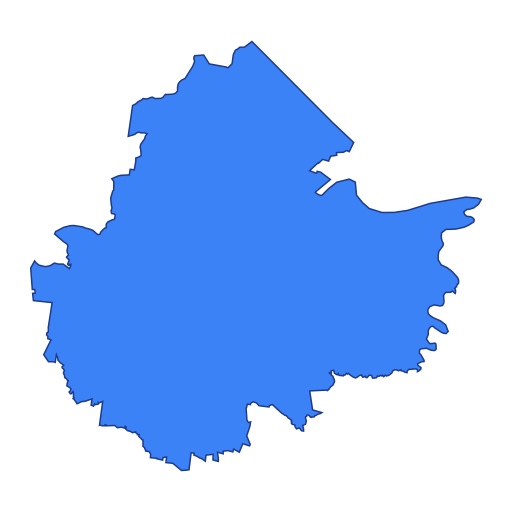 the district of Gutiérrez Zamora, Veracruz, Mexico
{"feature_id": "50627088B23583227090437", "entity_name": "Gutiérrez Zamora", "entity_type": "district", "adm_level": 2, "iso_a3": "MEX", "parent_name": "Mexico", "parent_adm1": "Veracruz", "projection": "mercator", "projection_center": [-97.115, 20.451], "detail": "fine", "context": "isolated", "style": "filled", "palette": "blue", "viewbox_px": 512, "rotation_deg": 0, "n_neighbors": 0, "source": "geoboundaries", "source_scale": "gbopen_adm2", "svg_char_len": 5995}
<svg xmlns="http://www.w3.org/2000/svg" viewBox="0 0 512 512"><path d="M156.9,458.8L162.7,460.1L163.0,457.5L166.6,457.1L165.9,462.6L172.8,463.3L181.5,470.5L185.9,470.2L189.0,469.8L191.1,452.8L194.1,453.1L193.9,455.1L197.0,456.3L200.1,458.2L200.9,458.2L205.3,461.2L206.0,455.2L213.1,454.3L213.0,460.0L218.3,461.4L218.4,459.4L217.5,452.2L223.2,453.8L223.2,451.2L228.1,450.6L232.8,451.9L233.6,449.1L239.3,452.2L242.8,443.7L249.5,445.9L250.2,444.4L246.7,435.9L249.9,426.3L250.6,421.9L248.4,422.5L246.9,420.0L246.1,408.1L246.5,407.7L247.3,404.2L250.4,404.6L250.3,404.0L251.1,403.0L253.2,401.7L256.5,403.0L259.0,405.7L269.0,407.0L269.3,405.6L272.3,404.5L281.4,412.9L284.9,415.3L286.4,415.7L288.2,417.9L291.2,419.9L291.5,420.6L291.2,421.0L291.7,421.5L291.3,423.0L292.1,424.2L294.8,425.0L295.1,426.8L296.5,428.9L299.3,427.9L301.6,430.8L303.6,431.1L303.5,428.3L302.6,425.5L305.5,424.2L306.4,421.1L305.4,417.7L305.8,416.6L306.5,416.4L307.0,415.1L307.9,414.9L309.9,416.2L310.1,416.9L311.5,417.4L311.9,416.9L313.9,417.1L315.1,415.5L315.6,415.6L318.0,414.1L320.1,413.7L321.9,412.6L312.6,409.9L309.7,390.9L326.6,390.1L327.3,390.6L328.9,389.4L330.3,387.1L332.9,385.1L334.6,381.6L334.2,379.5L332.8,376.2L328.7,372.3L330.5,373.8L331.2,373.6L331.4,372.2L331.0,371.1L332.1,370.6L333.6,370.2L334.5,373.3L337.1,374.8L338.1,373.6L338.4,374.8L339.4,375.4L343.4,375.8L343.7,374.8L344.9,375.1L346.4,373.3L347.3,374.1L348.6,373.4L349.2,374.3L353.4,377.2L355.4,377.9L357.1,377.3L359.7,375.3L361.7,375.1L361.8,376.0L363.1,377.3L365.6,376.2L365.9,377.4L366.9,377.7L368.7,376.0L369.0,375.2L371.4,375.4L372.6,378.2L376.2,377.8L377.1,377.0L377.4,376.0L379.2,376.3L380.2,375.3L382.0,376.0L382.6,375.3L383.8,376.7L385.2,375.2L386.4,376.0L387.8,375.6L389.3,375.0L391.8,373.0L393.0,370.5L394.7,369.9L396.7,369.9L398.5,370.8L400.8,369.7L401.1,370.8L403.1,371.1L404.9,372.2L407.0,372.7L407.3,370.9L408.8,369.4L415.7,368.9L417.1,369.4L417.6,370.9L417.5,371.6L418.9,370.9L420.8,369.3L421.0,367.6L417.9,365.3L417.6,363.7L421.9,361.7L424.0,361.6L424.1,360.4L420.8,354.6L419.4,353.1L419.6,350.1L420.5,348.9L426.5,348.3L431.0,350.2L434.2,350.6L435.8,349.8L436.2,348.7L435.9,343.9L435.0,343.1L430.1,343.7L429.0,342.8L426.4,339.0L428.3,334.5L428.2,330.9L429.4,328.2L430.8,326.7L432.3,326.2L434.1,327.0L434.4,327.7L441.9,332.6L443.6,333.2L446.0,333.6L448.2,331.5L445.7,324.9L440.5,320.9L433.6,317.9L429.8,315.4L428.5,313.9L427.9,312.2L427.9,309.5L429.9,306.6L433.2,305.2L435.1,305.0L440.1,306.0L442.6,305.4L443.8,303.0L444.0,300.4L443.5,295.4L445.6,292.4L450.6,292.3L452.4,291.0L455.1,293.5L455.6,292.2L455.4,289.2L454.6,288.5L455.9,286.9L456.5,286.8L456.3,286.3L457.9,283.7L458.4,283.6L458.7,281.0L458.1,278.6L457.2,277.1L452.7,272.1L450.5,270.2L447.1,267.7L441.1,264.8L438.2,259.8L438.2,255.2L438.9,251.3L442.9,245.9L443.4,243.6L442.0,240.9L441.2,237.1L441.6,232.8L446.0,229.4L455.7,229.1L464.1,227.2L468.4,225.3L473.7,222.0L474.3,219.8L473.0,218.0L470.7,216.7L466.7,216.3L464.6,214.4L463.8,211.8L466.9,209.5L469.5,209.2L473.6,208.0L478.6,204.1L481.3,199.4L477.4,198.1L465.8,197.1L430.1,203.4L407.6,210.4L394.3,212.4L382.0,212.5L369.2,208.5L362.3,202.4L356.5,195.2L355.3,182.1L349.3,179.1L336.8,182.2L328.9,188.4L321.8,195.4L319.8,195.2L317.7,194.2L315.3,192.5L315.9,191.6L330.4,179.5L320.7,172.2L317.2,171.3L316.8,172.9L316.2,173.2L309.6,170.7L318.0,162.9L318.5,163.3L322.7,159.4L328.6,161.1L330.7,156.2L336.7,155.3L336.5,152.6L343.5,152.2L346.7,150.5L349.2,151.7L353.7,142.5L332.7,122.7L251.9,41.5L244.4,47.2L239.8,47.2L238.0,48.8L235.4,50.2L233.7,53.6L233.2,55.3L232.1,63.6L228.1,67.7L225.6,66.9L209.3,63.9L203.7,55.0L194.7,55.7L194.0,56.9L193.8,58.8L194.7,61.2L192.8,66.2L185.1,78.4L181.5,80.2L179.5,82.0L178.2,83.9L177.5,87.7L177.6,90.8L175.7,93.1L173.3,94.1L166.8,94.5L165.4,94.3L162.8,97.5L160.7,98.4L154.8,98.5L152.6,97.2L151.7,97.2L146.8,99.0L143.1,98.5L141.7,99.9L138.3,101.6L135.5,104.0L132.6,105.5L128.2,136.4L134.7,134.4L136.6,132.9L139.2,132.1L140.8,132.9L144.5,132.8L147.1,133.8L145.3,136.2L144.7,138.7L140.7,144.3L140.1,147.4L140.7,149.6L141.2,155.6L138.4,157.2L135.8,158.0L135.8,161.1L134.3,169.8L130.2,169.3L129.3,174.9L121.0,175.3L118.0,176.0L111.8,178.7L113.8,181.5L113.8,185.1L113.7,189.7L112.6,191.5L110.7,198.0L111.3,204.9L112.0,208.0L111.0,211.0L111.7,213.6L114.1,213.9L115.2,214.9L114.7,218.5L113.8,219.5L112.2,219.8L108.0,221.8L106.2,224.2L106.2,227.7L104.8,228.1L103.7,229.0L100.7,232.1L100.0,234.2L98.4,234.5L97.5,234.5L93.1,230.5L90.3,229.3L85.3,228.0L82.8,226.9L73.8,225.5L70.2,225.7L63.8,227.3L55.7,231.5L54.6,234.0L63.7,241.8L66.8,243.9L67.6,245.0L67.9,246.3L67.0,250.5L67.2,252.3L68.5,255.0L66.5,257.0L66.6,257.6L69.3,260.1L67.7,263.7L67.8,264.6L68.9,265.4L69.6,265.1L70.0,264.3L70.9,264.3L70.6,266.2L69.4,268.6L63.2,264.1L58.6,264.1L54.3,263.1L50.1,265.7L45.7,266.6L43.1,266.2L38.9,265.1L36.3,263.0L34.6,260.9L30.7,268.0L32.3,289.5L34.8,289.5L35.2,293.2L32.6,293.3L33.4,300.6L52.1,302.6L48.3,327.2L48.3,332.0L47.1,332.6L47.1,333.3L46.7,333.6L46.6,335.0L47.9,336.4L47.8,338.7L51.0,339.8L43.7,354.7L48.5,361.7L53.7,361.8L55.2,362.4L56.4,354.7L57.7,357.7L58.0,360.2L60.5,362.9L63.7,365.2L62.0,366.9L62.3,368.1L63.6,369.0L64.4,371.0L63.6,372.1L63.6,373.9L64.2,374.4L64.9,377.8L66.7,378.8L67.3,380.3L68.2,380.7L67.2,383.2L66.9,385.9L69.7,387.5L71.0,388.9L70.3,390.7L69.1,392.0L70.4,393.8L71.4,393.7L73.0,391.6L73.5,392.9L73.4,396.9L74.0,398.2L73.3,398.5L72.6,398.1L73.2,398.8L74.0,399.1L77.1,403.8L81.4,401.7L85.6,401.1L92.0,398.9L91.1,405.2L93.5,406.1L94.6,403.9L95.2,404.7L98.4,404.0L98.2,402.5L99.0,403.0L102.7,401.4L99.5,425.3L100.2,425.0L102.0,425.8L105.0,425.8L105.1,424.7L106.0,424.9L106.1,425.8L114.3,425.5L115.2,425.8L117.4,427.7L121.5,427.2L124.8,428.2L125.2,426.3L126.2,427.0L125.9,429.3L127.9,430.8L130.4,431.4L132.6,432.7L135.4,431.9L135.2,432.4L137.2,433.7L137.4,434.7L139.2,434.6L138.8,436.3L142.2,439.9L143.0,439.9L143.0,446.4L144.5,447.7L145.9,451.3L146.9,450.9L147.3,451.4L149.2,451.6L150.7,454.4L150.4,457.7L156.9,458.3L156.9,458.8Z" fill="#3b82f6" stroke="#1e3a8a" stroke-width="1.5"/></svg>